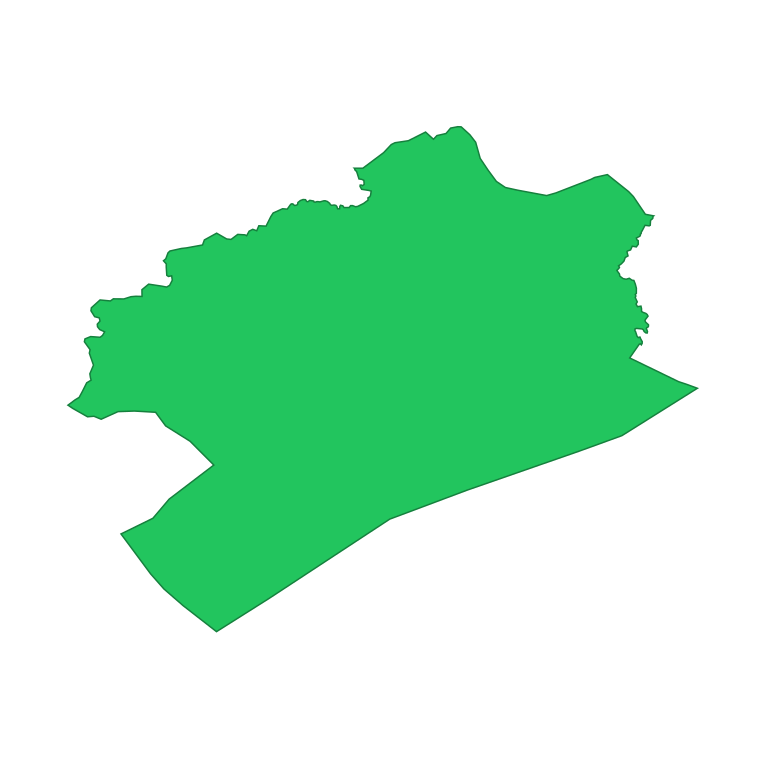 San Martín Zacatepec, Oaxaca, Mexico, rotated 276°
{"feature_id": "50627088B15099528987942", "entity_name": "San Martín Zacatepec", "entity_type": "district", "adm_level": 2, "iso_a3": "MEX", "parent_name": "Mexico", "parent_adm1": "Oaxaca", "projection": "robinson", "projection_center": [-98.056, 17.815], "detail": "fine", "context": "isolated", "style": "filled", "palette": "green", "viewbox_px": 768, "rotation_deg": 276, "n_neighbors": 0, "source": "geoboundaries", "source_scale": "gbopen_adm2", "svg_char_len": 3431}
<svg xmlns="http://www.w3.org/2000/svg" viewBox="0 0 768 768"><g transform="rotate(276 384 384)"><path d="M563.9,347.5L561.4,344.8L557.9,339.3L557.3,337.2L558.1,334.2L557.9,332.1L555.9,331.0L555.3,325.8L556.9,324.4L557.2,322.1L556.0,321.5L553.6,321.5L553.4,319.5L555.6,318.6L556.6,317.4L556.8,315.7L556.2,313.2L556.8,311.9L558.0,311.1L559.6,308.6L560.1,306.2L559.8,304.7L558.3,301.0L558.5,300.4L558.4,298.3L557.6,296.5L557.8,295.3L558.6,294.9L558.9,291.0L557.3,289.2L557.5,287.9L559.1,286.7L559.0,284.2L557.7,281.6L555.5,279.4L553.5,279.3L552.6,278.1L552.2,276.3L553.6,274.5L553.4,272.9L552.4,272.1L547.8,269.5L547.7,264.8L542.5,255.9L538.8,254.0L528.7,250.2L528.3,243.0L523.1,241.4L524.1,237.3L521.9,233.9L517.1,231.9L517.8,230.2L517.5,222.9L511.8,216.8L511.8,212.4L516.5,201.8L508.5,190.3L503.3,189.0L498.7,173.3L497.6,168.3L493.9,157.2L491.9,155.5L485.7,153.9L483.5,151.8L480.7,154.9L477.6,155.2L469.4,156.6L468.4,158.4L469.4,161.5L465.1,162.6L459.7,160.5L457.7,157.7L458.1,152.7L458.7,139.5L452.5,133.4L445.8,134.2L445.3,128.0L444.4,123.3L441.4,116.4L440.4,105.9L438.0,103.2L437.9,92.8L429.2,85.0L426.2,84.9L420.7,89.2L420.0,93.9L416.9,95.0L413.5,92.6L411.0,93.1L408.4,95.6L406.7,100.7L402.9,99.0L400.8,96.8L400.5,87.3L397.6,81.9L394.7,81.6L387.4,88.1L383.9,87.7L372.4,93.1L363.4,90.4L359.6,91.4L357.2,92.3L354.1,88.2L344.8,84.7L338.8,82.2L336.1,78.6L329.9,71.9L327.2,77.0L320.4,92.6L321.6,98.9L319.4,106.4L328.7,122.3L331.0,138.5L332.0,159.8L319.5,171.2L306.8,197.1L285.6,223.2L247.1,182.4L226.3,168.2L207.4,138.1L170.7,171.8L157.1,186.6L142.5,207.5L120.2,243.3L158.8,292.2L250.2,403.8L287.0,477.5L337.7,585.3L357.5,626.0L412.5,696.1L415.1,685.9L415.8,682.8L416.4,680.0L417.1,676.8L435.6,625.6L450.3,633.7L450.7,634.9L449.8,635.8L451.3,636.5L453.1,636.4L456.1,634.3L457.4,633.7L457.3,633.1L456.7,632.0L457.9,630.7L462.4,628.7L463.3,627.9L465.2,628.0L465.7,629.4L465.7,634.9L465.2,636.1L463.4,637.2L462.2,639.0L462.2,640.4L463.6,640.6L466.7,639.1L467.5,639.4L468.2,640.6L469.2,641.0L470.6,640.8L472.8,637.8L474.3,636.9L475.5,637.3L479.1,639.5L480.6,638.5L481.6,637.0L482.3,634.2L483.0,632.6L486.0,632.2L488.3,631.4L487.4,628.0L489.9,626.3L492.1,627.3L495.3,625.4L496.3,624.8L497.8,625.3L499.4,624.5L500.5,625.5L505.6,625.0L509.6,623.5L513.1,621.7L513.2,619.7L514.8,616.9L513.5,613.9L513.8,610.8L515.9,607.3L518.1,606.6L521.3,603.7L523.7,605.6L524.7,606.0L526.0,604.9L528.3,607.5L531.3,609.8L535.0,610.7L536.9,613.3L540.9,611.8L541.7,612.2L543.1,615.2L547.0,616.5L546.7,620.6L549.6,622.3L553.2,621.8L553.9,620.4L555.6,619.7L557.7,623.0L558.6,623.4L559.8,623.2L560.4,624.0L561.8,624.0L563.8,624.9L569.1,627.0L569.0,631.2L569.7,632.2L574.3,632.0L575.5,632.7L576.2,633.6L577.2,634.1L578.7,633.9L579.4,634.6L580.1,626.2L596.5,612.4L600.9,607.2L615.0,585.2L615.4,584.7L615.6,584.3L612.0,573.6L611.8,572.9L611.3,571.7L609.4,568.8L609.1,568.3L592.0,535.0L588.4,526.1L590.7,496.9L592.1,484.2L597.2,474.6L607.5,465.2L618.4,456.1L634.0,449.9L640.9,443.3L647.8,433.9L647.6,430.5L645.5,423.5L639.6,419.5L636.6,410.7L632.6,407.6L638.9,399.0L628.5,382.8L625.1,369.7L622.9,366.2L614.0,359.4L596.4,340.4L595.5,331.9L595.0,332.5L594.0,332.6L593.3,333.5L592.3,334.6L590.8,335.3L585.3,337.7L585.2,340.4L584.4,342.7L580.4,343.4L579.0,341.9L579.5,340.7L579.3,339.5L578.0,339.5L575.3,341.4L574.9,349.0L574.5,351.1L572.7,351.0L570.5,350.9L568.8,350.4L567.5,348.6L565.1,348.9L563.9,347.5Z" fill="#22c55e" stroke="#15803d" stroke-width="1.5"/></g></svg>